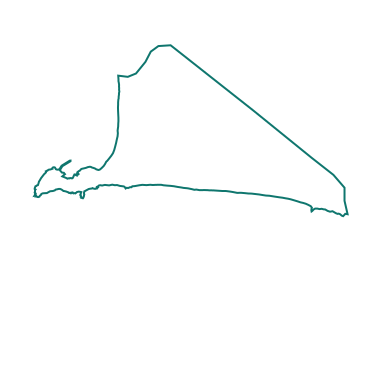 Punta del Este, Maldonado, Uruguay, rotated 41°
{"feature_id": "84410073B81249884827447", "entity_name": "Punta del Este", "entity_type": "district", "adm_level": 2, "iso_a3": "URY", "parent_name": "Uruguay", "parent_adm1": "Maldonado", "projection": "albers", "projection_center": [-54.934, -34.944], "detail": "fine", "context": "isolated", "style": "outline", "palette": "teal", "viewbox_px": 384, "rotation_deg": 41, "n_neighbors": 0, "source": "geoboundaries", "source_scale": "gbopen_adm2", "svg_char_len": 4312}
<svg xmlns="http://www.w3.org/2000/svg" viewBox="0 0 384 384"><g transform="rotate(41 192 192)"><path d="M60.0,152.6L61.3,153.9L62.6,155.2L63.8,156.6L65.0,157.5L66.4,158.7L67.2,159.6L67.6,160.1L67.8,160.4L68.8,161.3L69.9,162.7L71.3,163.9L71.7,164.6L72.0,165.3L72.7,166.0L74.3,168.4L75.2,169.4L75.8,170.6L77.5,172.9L78.9,174.5L80.7,176.8L83.0,179.3L85.4,181.8L87.7,184.2L90.0,186.8L91.5,188.8L93.3,191.0L94.4,192.7L95.6,194.5L97.5,196.3L99.3,198.8L100.7,201.5L102.5,204.7L104.2,208.1L105.7,211.2L106.9,214.5L107.3,217.5L107.5,221.2L107.6,224.1L107.4,225.4L107.6,226.2L108.0,227.9L108.3,230.2L108.1,233.1L107.8,235.3L107.3,236.3L106.9,236.8L106.7,236.9L104.9,237.7L103.4,237.9L101.8,238.5L100.6,239.1L99.3,239.4L98.4,239.9L97.1,241.5L96.1,243.4L95.2,244.7L94.3,245.9L93.8,246.6L93.4,247.2L93.3,248.6L93.3,249.6L92.9,250.4L92.7,251.3L92.5,252.2L92.8,252.8L93.2,252.4L93.5,252.9L94.3,252.7L94.7,253.0L94.2,254.7L93.6,254.8L92.9,255.0L92.5,255.3L93.1,255.5L92.8,255.6L92.3,255.6L91.9,256.2L92.0,257.1L92.4,257.9L92.6,258.9L92.8,259.6L92.5,260.5L91.4,260.9L90.5,262.2L90.2,262.2L89.2,263.7L88.9,263.6L83.9,265.3L84.2,263.1L84.3,262.3L84.4,261.9L82.9,261.7L82.7,261.6L81.0,262.7L79.9,262.5L78.0,262.3L77.2,257.6L80.1,248.5L79.7,248.0L79.2,248.5L76.5,257.2L76.4,258.1L76.9,261.1L76.8,262.1L76.2,263.1L75.4,263.7L74.3,264.1L73.8,263.9L73.5,263.8L72.8,263.5L72.2,263.5L71.5,264.0L71.0,264.6L70.9,265.4L71.0,265.9L71.4,266.1L70.4,267.8L69.2,269.2L69.0,269.6L69.0,270.1L68.9,270.8L68.5,271.2L68.5,271.8L68.1,272.3L68.9,273.0L68.9,273.7L68.8,274.8L68.7,275.5L68.8,277.4L69.0,280.6L69.5,283.1L69.7,284.6L70.5,286.2L71.2,287.9L70.6,288.8L70.6,289.6L70.1,290.3L70.4,291.2L70.9,292.5L71.4,293.0L72.2,292.8L72.2,293.5L72.7,293.9L73.4,295.0L73.5,295.4L74.0,295.4L74.6,295.6L74.5,295.8L74.6,296.2L75.2,296.2L75.1,296.8L75.3,297.1L75.4,297.6L75.7,297.2L75.9,297.3L75.9,297.7L76.2,297.3L76.5,297.4L76.7,297.1L77.1,297.2L77.2,297.7L77.4,297.5L77.4,297.2L77.6,297.2L78.4,297.3L79.3,296.7L79.9,295.6L79.6,294.7L79.9,293.4L79.6,292.3L80.2,291.0L81.4,289.7L82.3,288.9L83.2,288.0L83.7,286.5L84.4,284.6L85.3,283.6L86.3,282.6L87.4,280.8L87.5,279.7L88.7,278.1L89.1,277.5L89.5,277.0L90.5,276.2L91.7,275.8L93.1,275.6L94.3,275.6L94.8,275.2L96.5,274.3L97.8,273.8L99.1,273.3L99.4,273.5L100.0,273.3L100.8,272.4L101.5,272.4L101.6,271.7L102.0,271.4L101.7,271.2L102.2,270.6L102.5,270.6L103.4,270.8L103.6,270.5L104.2,269.9L104.8,269.6L104.7,269.2L105.1,268.7L105.2,267.5L106.3,266.0L107.6,265.2L108.5,264.7L109.4,267.0L109.9,267.2L109.8,267.6L110.4,267.7L110.7,268.0L111.2,268.2L111.3,268.6L111.7,268.5L112.1,268.9L112.3,268.6L112.6,268.8L112.9,268.6L113.2,268.6L113.8,268.3L113.8,267.9L113.5,266.9L113.0,265.7L112.5,265.1L112.3,264.5L111.1,263.7L110.8,262.9L110.3,262.1L110.7,261.3L111.0,260.4L111.5,259.1L112.1,257.5L113.1,256.2L114.0,255.2L114.4,254.3L115.1,254.2L115.8,253.8L116.4,253.5L117.1,252.9L117.2,252.1L117.5,252.2L118.0,251.7L117.7,251.1L118.0,250.3L117.0,250.2L117.4,249.3L117.5,248.1L118.4,247.0L119.9,246.1L121.6,243.8L125.1,241.4L127.0,238.8L129.3,237.5L130.9,235.9L133.6,234.7L136.9,232.5L138.1,232.4L139.6,232.9L140.0,231.6L141.2,230.9L142.1,229.0L143.2,228.1L143.2,226.8L144.3,225.8L145.5,224.4L147.8,221.5L149.8,219.2L153.1,216.7L155.8,213.9L157.9,212.4L159.0,211.3L161.8,208.7L164.0,206.8L166.1,205.6L169.3,203.3L171.7,201.5L174.6,199.5L178.0,197.5L180.8,195.7L183.0,194.4L185.5,192.6L186.7,191.8L190.1,189.9L192.3,188.8L193.7,187.3L196.4,185.7L199.9,182.6L202.0,180.8L203.8,179.5L204.9,178.6L206.9,176.9L211.0,173.8L214.3,171.3L217.1,168.9L220.6,166.6L223.2,165.0L226.7,163.0L229.3,160.6L232.6,158.2L235.6,156.1L237.9,154.2L241.4,151.8L244.3,149.8L247.1,148.1L250.1,146.2L252.8,144.1L257.3,141.3L261.4,138.7L264.1,136.9L266.7,135.4L268.8,134.1L271.4,132.7L274.7,131.2L277.8,129.8L280.7,128.6L282.9,127.4L285.6,126.2L288.3,125.4L290.9,124.8L292.8,125.2L293.3,126.4L294.1,127.5L295.0,128.2L295.2,127.4L295.2,126.5L295.3,125.2L295.8,123.8L297.5,122.3L299.5,121.2L300.9,119.6L302.6,118.8L304.0,117.8L306.7,117.3L309.1,116.3L310.7,114.3L314.5,113.6L316.2,113.0L316.9,112.1L318.3,111.6L320.5,111.6L321.9,111.1L322.0,109.6L322.0,107.9L324.0,106.7L312.9,98.6L304.3,88.7L287.5,86.3L259.8,87.7L184.5,90.3L79.6,95.3L70.9,103.9L68.8,113.1L71.5,124.4L72.0,139.3L68.0,147.2L60.0,152.6Z" fill="none" stroke="#0f766e" stroke-width="2"/></g></svg>